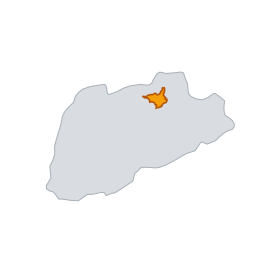 location of Gangzur, Lhuntshi, Bhutan, rotated 336°
{"feature_id": "84629894B27978509932961", "entity_name": "Gangzur", "entity_type": "district", "adm_level": 2, "iso_a3": "BTN", "parent_name": "Bhutan", "parent_adm1": "Lhuntshi", "projection": "mercator", "projection_center": [91.081, 27.722], "detail": "fine", "context": "in_parent", "style": "filled", "palette": "amber", "viewbox_px": 256, "rotation_deg": 336, "n_neighbors": 0, "source": "geoboundaries", "source_scale": "gbopen_adm2", "svg_char_len": 5210}
<svg xmlns="http://www.w3.org/2000/svg" viewBox="0 0 256 256"><g transform="rotate(336 128 128)"><path d="M200.5,111.2L200.1,112.7L198.5,116.8L197.4,121.2L198.3,124.8L202.1,129.1L207.1,132.5L213.5,132.7L219.4,131.4L221.8,132.0L225.0,137.7L227.3,142.6L224.2,147.7L222.5,152.2L221.9,155.4L222.3,156.7L224.2,159.3L226.4,163.7L226.7,167.7L225.3,170.4L222.3,171.7L219.0,171.3L216.3,171.3L213.0,171.8L207.7,173.3L202.9,175.2L193.7,174.9L190.0,170.9L188.3,170.9L180.0,176.0L170.9,175.1L154.4,176.8L147.5,177.2L140.4,176.7L136.8,175.6L130.2,172.0L124.1,169.3L118.0,171.7L115.8,172.2L110.9,178.4L100.2,180.4L89.6,181.9L86.4,181.1L80.4,180.7L80.2,179.3L80.4,177.9L79.0,176.7L76.6,175.6L72.4,175.1L67.0,173.6L63.9,172.1L53.0,174.3L46.6,171.0L39.4,166.5L35.7,164.6L34.4,157.7L33.1,155.4L30.3,153.1L28.7,150.3L30.0,147.5L37.2,142.2L37.8,140.9L41.1,131.0L45.7,127.4L50.3,122.4L53.7,114.5L60.4,106.3L67.7,97.9L72.7,91.0L76.1,87.8L83.0,84.4L88.7,82.4L92.7,77.8L97.5,75.3L102.5,74.1L109.8,74.7L116.7,76.4L124.3,78.6L125.1,80.5L124.5,83.8L123.4,87.1L123.4,88.7L124.5,89.7L131.9,90.3L141.0,89.8L146.1,90.2L157.4,93.3L160.7,95.4L164.2,97.1L167.6,96.8L171.9,93.3L176.4,90.3L179.2,89.8L181.2,90.8L184.8,93.6L192.3,96.3L198.9,98.3L201.1,100.2L200.3,108.5L200.5,111.2Z" fill="#d9dde1" stroke="#a8b0b8" stroke-width="1"/><path d="M177.5,105.9L177.3,106.0L177.1,106.0L176.8,106.0L176.6,105.7L176.4,105.5L176.3,105.4L176.2,105.5L175.6,105.5L175.4,105.6L175.2,106.1L175.1,106.5L174.9,106.9L174.7,107.5L174.1,107.7L173.5,107.7L173.1,107.8L172.8,107.9L172.6,108.1L172.4,108.4L172.3,108.7L172.1,108.6L171.7,108.8L171.4,109.1L171.2,109.3L171.1,109.5L170.8,109.6L170.3,109.7L169.9,109.7L169.7,109.8L169.4,109.8L169.1,109.8L168.8,109.9L168.7,109.9L168.4,109.8L168.3,109.7L168.1,109.6L167.9,109.4L167.8,109.1L167.7,109.0L167.7,108.8L167.6,108.7L167.7,108.4L167.7,108.2L167.7,107.9L167.4,107.7L167.2,107.6L166.9,107.5L166.7,107.3L166.3,107.2L166.1,107.2L165.8,107.3L165.5,107.4L165.3,107.4L165.0,107.3L164.8,107.3L164.6,107.4L164.5,107.5L164.3,107.5L164.2,107.6L163.8,107.5L163.6,107.4L163.4,107.2L163.2,107.1L162.9,106.9L162.6,106.9L162.2,106.9L162.0,106.6L161.7,106.6L161.3,106.5L160.9,106.6L160.7,106.4L160.4,106.4L160.1,106.3L159.7,106.3L159.4,106.2L159.1,106.3L158.7,106.4L158.5,106.5L158.3,106.5L158.1,106.6L157.7,106.6L157.1,106.5L156.7,106.5L156.2,106.2L155.7,105.8L155.5,105.5L155.3,105.4L155.0,105.3L154.7,105.3L154.4,105.3L154.4,105.6L154.5,105.7L154.6,105.8L154.7,106.0L154.9,106.1L155.1,106.2L155.2,106.4L155.2,106.6L155.3,106.8L155.3,107.0L155.6,107.3L155.8,107.5L156.2,107.6L156.5,107.6L156.9,107.8L157.2,108.0L157.3,108.2L157.4,108.4L157.7,108.4L157.9,108.5L158.1,108.5L158.2,108.9L158.2,109.0L158.2,109.3L158.4,109.5L158.5,109.5L158.7,109.8L158.7,110.1L158.6,110.3L158.6,110.5L158.7,110.8L158.8,110.9L158.8,111.0L159.1,111.4L159.1,111.5L159.1,111.8L159.1,112.0L159.1,112.3L158.9,112.4L158.7,112.5L158.4,112.7L158.5,112.9L158.4,113.0L158.4,113.4L158.5,113.4L158.7,113.5L159.3,113.4L159.5,113.5L159.8,113.6L160.0,113.5L160.3,113.7L160.5,113.7L160.6,113.9L160.6,114.0L160.8,114.3L161.0,114.4L161.2,114.5L161.3,114.6L161.4,114.8L161.5,114.9L161.6,115.0L161.9,115.0L162.0,115.4L162.3,115.6L162.4,115.8L162.5,115.9L162.5,116.1L162.4,116.1L162.4,116.3L162.4,116.5L162.4,116.8L162.3,117.0L162.3,117.3L162.4,117.6L162.5,117.8L162.4,117.9L162.4,118.0L162.8,118.3L163.2,118.4L163.5,118.5L163.4,119.0L163.0,119.3L162.9,119.5L162.7,119.6L162.7,119.8L162.5,120.0L162.4,120.2L162.3,120.3L162.3,120.5L162.3,120.8L162.0,121.2L161.9,121.3L162.0,121.3L162.1,121.2L162.3,121.2L162.6,121.2L162.8,121.2L163.0,121.2L163.2,121.3L163.4,121.4L163.4,121.5L163.6,121.5L163.8,121.6L164.0,121.7L164.1,121.8L164.3,121.8L164.5,121.9L164.8,121.9L165.0,121.9L165.3,121.8L165.6,121.7L165.8,121.7L166.0,121.8L166.3,121.9L166.4,122.0L166.5,122.1L166.8,122.0L167.0,122.0L167.1,121.9L167.1,122.0L167.4,122.0L167.5,121.9L167.8,121.8L167.9,121.7L168.0,121.6L168.5,121.1L168.7,120.9L168.9,120.8L169.1,120.7L169.3,120.5L169.4,120.4L169.5,120.4L169.8,120.3L170.0,120.2L170.3,120.0L170.5,119.9L170.9,120.0L171.0,119.9L171.3,119.9L171.5,119.9L171.9,119.9L172.1,120.0L172.3,120.1L172.5,120.1L172.8,120.3L173.0,120.2L173.3,120.1L173.5,120.0L173.6,119.9L174.0,119.5L174.1,119.4L174.3,119.1L174.4,118.8L174.5,118.8L174.8,118.9L174.9,118.7L174.9,118.3L174.9,118.1L175.2,117.7L175.3,117.6L175.2,117.5L174.7,117.6L174.4,117.5L174.3,117.4L174.3,117.2L174.2,117.1L174.1,116.9L173.9,116.9L173.8,116.7L173.7,116.6L173.4,116.5L173.2,116.4L173.3,116.4L173.5,116.4L173.7,116.2L174.1,115.9L174.3,115.7L174.5,115.6L174.3,115.5L174.3,115.4L174.2,115.3L174.1,115.2L174.2,114.9L174.2,114.7L174.3,114.6L174.3,114.3L174.3,114.1L174.3,113.9L174.2,113.8L174.2,113.6L174.1,113.4L173.9,113.3L173.8,113.2L173.7,113.1L173.6,112.9L173.7,112.7L173.7,112.4L173.8,112.3L173.8,112.2L174.0,112.0L174.0,111.9L174.0,111.7L174.1,111.3L174.2,111.2L174.6,111.1L174.8,111.0L174.9,110.9L175.1,110.9L175.3,110.7L175.6,110.4L175.6,110.2L175.7,109.9L175.9,109.7L176.0,109.6L176.3,109.4L176.6,109.2L176.7,108.8L176.7,108.6L176.7,108.4L176.7,108.2L176.8,108.0L176.9,107.9L177.0,107.7L177.4,107.3L177.5,107.2L177.5,106.7L177.6,106.3L177.6,106.1L177.5,105.9Z" fill="#f59e0b" stroke="#b45309" stroke-width="1.5"/></g></svg>